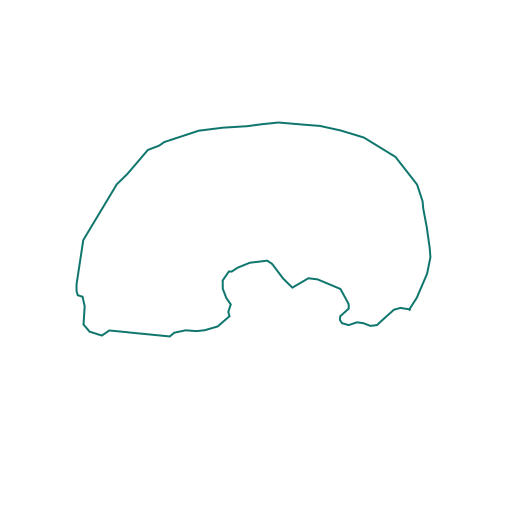 the district of N'Djaména, Ville de N'Djamena, Chad, rotated 311°
{"feature_id": "50815135B39277656442366", "entity_name": "N'Djaména", "entity_type": "district", "adm_level": 2, "iso_a3": "TCD", "parent_name": "Chad", "parent_adm1": "Ville de N'Djamena", "projection": "natural_earth1", "projection_center": [15.012, 12.105], "detail": "fine", "context": "isolated", "style": "outline", "palette": "teal", "viewbox_px": 512, "rotation_deg": 311, "n_neighbors": 0, "source": "geoboundaries", "source_scale": "gbopen_adm2", "svg_char_len": 1844}
<svg xmlns="http://www.w3.org/2000/svg" viewBox="0 0 512 512"><g transform="rotate(311 256 256)"><path d="M265.1,104.8L233.8,105.1L218.8,103.9L154.7,115.2L116.8,139.2L111.8,143.6L109.5,147.1L109.5,147.3L110.9,150.6L111.5,151.8L108.0,156.5L107.3,157.5L105.7,159.6L99.5,164.4L97.4,166.0L91.6,170.4L91.1,170.8L90.3,176.4L90.2,177.1L89.7,180.1L90.0,180.7L92.0,185.3L93.4,188.6L93.8,189.5L94.9,191.9L96.5,192.3L99.1,193.0L101.8,193.7L103.5,194.1L104.3,195.2L113.3,207.8L114.7,209.9L119.5,216.7L125.3,224.8L138.7,243.7L144.2,244.6L144.4,244.6L149.9,248.7L152.1,250.4L153.6,251.5L155.6,254.1L156.5,255.3L157.7,257.0L160.4,260.5L163.0,262.9L166.1,265.8L166.8,266.3L177.7,273.3L189.0,274.9L189.5,275.0L191.4,275.2L192.4,275.4L193.2,275.5L195.6,271.8L202.9,268.7L203.6,265.9L203.7,265.4L204.3,263.4L204.8,261.2L206.2,258.6L209.4,252.5L215.7,246.9L223.7,246.0L226.5,245.7L228.4,247.9L234.9,249.7L246.8,255.7L258.7,266.5L259.7,267.4L259.8,267.5L260.3,270.9L260.6,273.1L260.4,274.1L260.4,274.4L259.2,279.9L257.1,289.9L256.8,291.2L256.3,298.9L256.0,304.2L263.9,306.9L265.0,307.3L272.9,309.9L273.6,310.2L276.1,313.9L278.7,317.7L281.2,325.2L284.3,334.6L286.5,341.4L283.2,350.3L280.5,357.4L279.1,358.7L277.2,360.5L275.5,360.3L265.8,359.1L263.3,360.9L262.9,361.2L262.8,361.3L261.7,365.0L264.6,371.2L265.5,371.8L267.4,372.9L272.2,375.7L275.0,380.0L275.7,381.0L276.1,382.1L278.3,388.2L283.2,392.6L284.6,392.8L286.1,392.9L297.9,394.3L298.1,394.3L302.2,394.9L305.9,395.3L311.6,399.1L313.6,402.3L316.1,406.3L316.2,408.1L316.6,406.7L324.1,405.6L329.8,404.8L355.0,396.7L369.4,388.5L375.6,382.3L389.5,366.3L401.6,351.0L406.6,345.8L415.6,330.7L422.3,296.1L422.2,295.9L416.2,259.8L406.1,237.2L396.1,218.9L387.5,207.3L371.5,185.4L358.9,173.6L348.1,164.1L331.1,146.8L312.9,130.5L281.8,112.0L275.8,110.5L265.1,104.8Z" fill="none" stroke="#0f766e" stroke-width="2"/></g></svg>